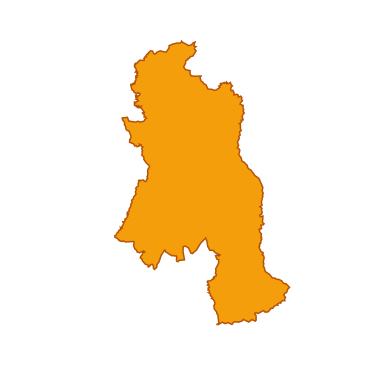 outline of Hot, Chiang Mai, Thailand, rotated 61°
{"feature_id": "78962969B71895248722422", "entity_name": "Hot", "entity_type": "district", "adm_level": 2, "iso_a3": "THA", "parent_name": "Thailand", "parent_adm1": "Chiang Mai", "projection": "albers", "projection_center": [98.473, 18.094], "detail": "fine", "context": "isolated", "style": "filled", "palette": "amber", "viewbox_px": 384, "rotation_deg": 61, "n_neighbors": 0, "source": "geoboundaries", "source_scale": "gbopen_adm2", "svg_char_len": 6042}
<svg xmlns="http://www.w3.org/2000/svg" viewBox="0 0 384 384"><g transform="rotate(61 192 192)"><path d="M322.7,152.9L317.7,154.3L316.8,155.7L315.5,156.4L313.1,156.6L310.3,158.7L309.3,160.6L307.7,161.0L306.0,163.4L301.7,164.1L297.0,166.5L292.9,165.4L291.8,165.7L289.1,163.7L288.2,164.0L284.4,160.7L282.4,160.3L280.8,161.0L280.7,160.0L279.6,159.2L277.4,160.5L272.8,160.2L272.4,159.2L271.7,159.3L270.7,157.9L269.9,157.8L270.1,156.7L268.2,155.5L267.1,153.9L265.9,154.0L265.6,153.2L264.2,153.0L262.2,151.6L259.4,152.3L258.2,151.2L257.2,151.4L257.7,148.9L254.4,147.8L255.2,145.8L254.8,144.4L252.8,145.1L247.4,141.6L246.6,144.2L245.4,144.3L244.8,143.3L245.1,141.9L244.1,140.6L241.7,140.1L240.2,138.7L237.8,139.8L237.7,137.2L234.3,136.1L229.8,131.9L228.5,131.7L227.7,130.3L225.2,130.1L222.2,127.8L212.5,126.9L208.2,129.0L201.3,129.9L200.1,130.8L197.7,131.5L195.6,130.8L191.1,132.0L189.0,133.4L186.1,132.4L182.1,133.0L178.6,129.9L176.8,130.0L175.3,131.0L173.8,128.6L171.3,128.4L170.0,127.6L168.2,124.7L166.0,124.2L165.7,122.4L162.5,121.3L162.1,119.1L160.4,119.0L156.3,116.9L155.1,117.4L155.2,116.3L154.4,114.3L153.0,114.2L153.7,112.3L150.4,111.6L148.6,109.5L148.3,108.0L145.9,108.0L145.0,106.8L143.0,106.6L141.1,105.2L138.8,107.4L137.6,106.5L136.6,103.7L134.4,103.6L133.5,102.6L131.8,102.9L131.4,105.4L129.6,104.7L128.3,105.3L127.4,108.3L125.9,107.2L122.9,106.9L122.6,108.3L121.6,108.8L119.2,106.9L118.7,105.2L117.0,105.8L114.8,105.3L114.9,107.9L112.6,108.5L113.8,109.3L112.0,110.5L112.4,111.2L111.7,111.6L111.9,112.9L110.9,114.1L111.2,115.0L112.3,114.6L112.7,115.1L112.4,117.2L114.0,116.9L114.5,121.5L113.6,123.6L111.9,124.7L109.8,128.1L105.0,127.8L102.6,129.3L101.1,129.3L99.3,130.3L95.8,129.5L94.9,127.9L92.0,133.7L89.8,136.5L87.3,136.3L84.9,134.8L82.4,137.8L80.8,138.6L78.5,138.6L76.4,135.4L74.0,133.6L74.2,131.4L73.4,130.9L73.6,129.2L72.8,128.4L73.5,125.3L70.5,119.9L68.0,120.6L66.8,119.3L66.8,118.1L65.0,119.6L62.3,116.7L62.1,118.4L63.0,121.1L62.5,123.7L56.8,127.5L55.0,128.0L55.9,129.0L55.9,130.3L54.4,133.1L53.4,136.8L52.9,141.1L55.0,142.4L57.2,147.0L53.1,151.4L52.7,155.5L53.4,156.2L53.2,157.8L52.2,158.4L49.7,158.1L48.4,159.9L49.2,162.8L50.0,163.3L49.5,163.7L50.2,165.8L51.3,166.3L50.8,166.6L51.2,168.0L51.9,169.3L52.3,169.0L53.7,170.2L51.4,173.6L51.9,176.1L52.7,177.0L52.1,178.6L52.8,179.2L52.3,179.6L52.5,180.3L53.7,180.5L53.7,181.1L54.8,181.6L56.2,181.2L58.6,181.5L59.7,183.3L60.2,181.6L60.9,182.2L61.2,181.7L61.8,182.1L61.9,182.9L63.5,182.8L63.3,184.6L64.7,184.5L64.0,185.3L66.9,186.7L67.3,187.9L68.2,188.3L68.2,189.2L69.1,189.3L68.6,190.9L69.4,190.7L68.6,191.7L69.2,192.0L69.1,192.7L68.3,193.4L68.7,193.7L73.6,195.0L75.2,193.9L76.3,194.4L79.2,193.0L78.7,191.3L79.8,191.1L80.1,190.0L80.8,189.8L81.9,191.0L82.2,192.9L81.0,193.3L80.1,194.5L82.1,195.3L82.0,194.3L82.7,194.3L83.9,194.9L84.0,195.7L84.5,194.9L86.2,194.7L85.9,197.1L86.7,197.9L85.5,198.8L88.4,200.3L89.4,198.7L90.2,199.4L91.2,198.8L90.5,198.7L90.5,197.9L91.8,197.7L91.0,196.7L92.1,196.7L92.3,194.9L93.3,196.5L93.9,195.7L99.2,195.1L98.8,197.0L99.8,197.0L100.8,196.1L103.3,197.5L103.5,196.3L105.5,196.1L105.5,197.8L106.6,199.1L106.6,200.7L105.6,203.5L103.9,204.9L103.6,207.4L99.3,212.9L95.4,212.3L93.4,217.2L95.4,217.7L98.5,217.2L100.4,218.5L101.6,218.2L105.3,219.3L106.8,218.9L107.9,217.6L113.6,218.2L115.8,220.1L115.8,221.0L118.3,222.5L121.5,219.8L124.1,219.7L124.0,219.0L124.9,218.0L125.6,218.2L126.3,216.4L125.7,215.0L124.7,214.8L125.9,213.7L127.3,214.1L128.8,213.2L129.5,214.9L132.1,215.3L132.6,216.3L134.3,216.7L135.2,218.0L138.2,217.2L140.1,218.3L144.4,217.9L148.4,216.6L149.7,217.3L151.0,219.9L155.9,222.6L156.9,224.0L158.6,224.1L159.1,225.8L160.0,226.0L160.4,227.3L159.5,228.4L158.0,228.6L157.1,231.3L156.0,232.4L156.2,233.3L157.4,233.3L158.2,234.8L160.7,236.2L161.0,238.5L161.7,239.6L162.6,239.3L164.5,241.4L166.7,242.0L168.1,245.5L169.7,247.0L169.9,248.7L172.6,249.9L173.0,251.4L174.7,252.2L176.6,255.5L178.6,256.6L178.3,258.2L179.3,259.1L180.4,258.3L180.9,259.0L180.7,259.9L181.9,259.9L183.5,262.7L183.1,263.5L185.4,265.5L184.5,266.9L186.3,267.1L187.6,268.5L188.0,269.9L189.6,270.6L189.1,271.1L189.8,271.9L188.7,272.0L190.4,272.9L190.0,274.4L191.4,275.7L191.1,276.8L192.8,279.1L192.8,280.7L194.4,281.4L195.3,280.4L198.6,279.1L199.0,279.4L201.3,277.3L201.6,275.6L203.3,274.6L206.9,267.3L207.7,266.9L210.6,269.1L214.2,269.6L215.7,268.8L218.1,269.0L219.8,267.1L220.1,262.8L221.6,262.4L221.0,264.1L222.5,265.6L223.8,268.6L224.8,269.2L226.0,268.3L228.0,268.7L232.3,267.9L235.4,265.3L236.0,266.6L236.6,266.1L235.6,263.2L235.9,261.8L237.6,261.6L240.2,262.7L241.6,262.2L240.6,259.0L238.8,258.3L237.1,254.7L232.8,250.1L229.5,244.3L229.7,243.7L231.3,244.2L238.1,240.5L238.3,239.3L239.7,238.1L240.3,236.7L241.4,236.8L244.1,238.7L245.4,238.8L246.1,238.2L245.7,236.0L247.7,231.5L239.9,228.8L235.5,226.2L236.1,224.0L239.3,222.2L245.0,222.6L246.1,221.5L244.8,216.0L240.9,209.1L238.9,202.3L242.1,202.8L247.2,204.6L251.6,204.7L253.2,201.9L256.5,201.0L260.7,198.0L260.9,199.6L259.4,200.8L259.1,202.3L262.7,202.8L264.0,201.5L267.1,203.2L270.7,208.5L272.8,209.4L274.4,210.9L276.1,210.8L277.2,211.7L276.6,213.4L277.4,214.9L278.1,214.3L278.7,216.1L278.2,216.5L278.7,218.9L277.5,221.3L277.7,222.1L280.6,222.3L280.9,223.6L281.9,222.7L282.9,222.6L283.6,222.9L283.5,223.6L284.0,223.3L284.5,225.0L285.6,224.9L285.7,225.4L286.9,224.8L288.4,225.4L288.2,226.2L289.1,225.6L291.2,225.6L291.5,226.2L293.3,225.5L294.7,225.6L294.6,226.4L296.3,225.5L298.9,225.4L301.1,226.2L301.9,227.9L305.1,229.2L309.3,228.6L310.1,229.2L312.4,229.1L319.4,232.0L320.0,233.4L319.7,234.9L320.7,233.1L320.6,228.7L323.2,226.9L323.8,223.7L327.2,221.3L325.9,218.2L328.5,214.0L329.1,210.4L328.3,208.9L333.3,205.4L332.6,201.6L335.6,199.2L335.2,198.1L331.3,195.9L328.9,196.1L328.4,195.4L328.7,194.2L330.3,193.3L330.4,186.9L332.7,186.2L333.7,183.3L332.0,179.2L332.9,177.9L331.8,175.5L331.8,172.8L332.7,171.8L331.4,171.1L331.3,169.1L332.2,168.3L331.4,167.6L330.9,165.5L332.0,163.5L330.8,163.1L329.4,161.3L326.6,161.7L325.8,160.4L325.7,157.9L323.5,155.6L322.7,152.9Z" fill="#f59e0b" stroke="#b45309" stroke-width="1.5"/></g></svg>